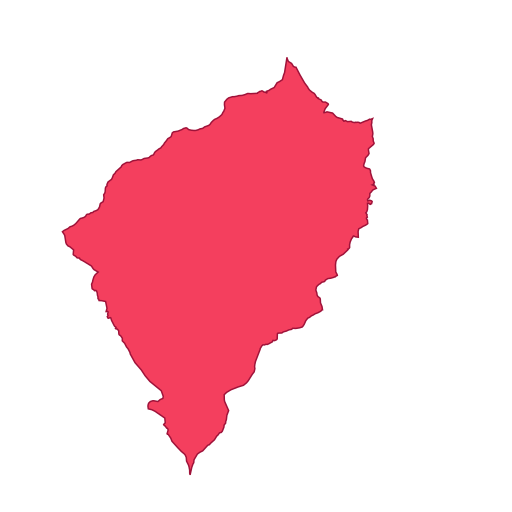 the district of Copaceni, Vâlcea, Romania, rotated 60°
{"feature_id": "2599482B17070437163052", "entity_name": "Copaceni", "entity_type": "district", "adm_level": 2, "iso_a3": "ROU", "parent_name": "Romania", "parent_adm1": "Vâlcea", "projection": "mercator", "projection_center": [23.973, 44.993], "detail": "fine", "context": "isolated", "style": "filled", "palette": "rose", "viewbox_px": 512, "rotation_deg": 60, "n_neighbors": 0, "source": "geoboundaries", "source_scale": "gbopen_adm2", "svg_char_len": 6152}
<svg xmlns="http://www.w3.org/2000/svg" viewBox="0 0 512 512"><g transform="rotate(60 256 256)"><path d="M412.6,422.5L406.9,417.3L404.6,414.6L403.9,413.3L401.5,411.6L398.2,405.8L397.9,402.7L398.1,399.6L395.9,392.8L395.8,391.9L396.1,390.7L395.5,389.1L394.4,383.9L392.3,380.0L392.1,378.7L390.9,376.0L391.4,374.3L390.9,372.8L388.2,369.4L386.5,368.2L385.5,365.8L384.4,365.2L382.8,363.4L379.4,360.9L376.2,357.0L366.3,355.9L364.8,355.4L360.2,352.9L359.4,349.6L359.3,344.6L360.4,337.3L361.7,331.5L361.1,327.7L360.2,325.2L356.6,318.4L355.4,315.5L353.0,313.3L351.2,312.6L349.4,311.3L347.0,309.1L338.9,299.1L338.3,298.7L336.7,295.8L336.4,294.4L337.3,293.0L337.4,291.6L338.2,290.5L338.4,289.1L338.5,284.8L337.6,283.5L338.6,282.2L338.8,280.1L338.4,279.1L334.1,276.4L333.8,276.0L334.1,274.9L335.6,272.1L335.4,270.7L335.5,269.8L336.2,267.2L336.4,264.5L337.3,261.9L337.0,260.3L338.6,257.8L340.0,254.1L340.6,251.5L340.1,250.0L339.1,248.2L336.9,245.2L335.7,242.2L335.9,240.3L335.5,237.8L335.7,236.4L335.6,233.6L336.1,230.8L336.2,227.8L335.9,226.2L335.4,225.4L335.6,225.2L332.7,224.1L328.9,223.6L325.3,221.8L324.2,221.7L322.0,222.7L320.3,222.6L318.4,221.8L315.4,221.2L313.0,219.1L312.5,217.8L312.0,215.5L312.1,214.1L311.6,212.2L312.3,209.8L312.3,209.2L311.5,207.8L311.6,206.6L311.4,205.3L312.6,202.3L313.4,199.1L313.4,198.2L313.7,197.7L313.4,196.7L313.5,195.3L312.5,195.0L309.7,194.9L303.6,191.7L300.7,189.6L299.2,187.6L298.2,184.6L298.0,183.2L298.1,179.6L296.5,173.1L295.9,173.1L296.0,171.7L295.5,170.7L293.0,169.3L291.0,167.5L288.8,164.6L288.1,162.8L287.5,162.2L287.5,161.4L289.2,160.2L290.9,158.0L285.8,155.3L283.8,153.4L284.0,150.2L283.8,149.0L284.1,145.7L284.0,143.9L283.8,143.0L280.5,141.5L279.7,141.8L278.5,141.5L278.2,141.2L278.1,140.2L276.2,139.7L275.9,139.2L273.5,139.3L273.1,138.0L271.4,136.2L268.7,134.4L266.1,133.1L266.7,132.0L268.4,131.3L268.5,131.0L268.2,130.5L268.5,129.8L267.0,128.2L266.1,128.3L264.5,129.7L264.2,131.6L263.1,131.4L262.4,130.4L262.1,128.9L260.9,127.4L258.9,126.3L258.5,125.5L258.1,123.9L257.3,122.2L257.3,120.5L257.6,117.9L255.0,117.9L252.6,119.7L252.9,118.0L252.0,117.9L251.8,117.7L251.8,117.0L251.7,116.8L250.3,116.5L247.5,116.6L245.4,116.2L241.2,115.2L239.3,114.2L237.7,114.1L237.2,114.3L235.4,116.2L233.7,117.4L232.5,117.9L231.7,117.7L230.1,116.3L228.7,114.5L225.7,112.0L224.8,108.7L223.8,106.9L220.3,105.6L219.3,104.9L218.1,98.4L217.4,97.3L215.1,97.0L213.0,95.9L210.7,95.5L208.6,93.7L207.1,93.0L200.1,90.5L198.4,89.0L196.6,88.0L195.3,86.3L195.0,88.4L194.3,89.2L194.3,91.7L193.8,93.7L193.1,99.4L192.8,99.4L191.7,100.1L190.6,101.7L190.4,102.7L189.8,103.1L189.7,104.0L188.3,105.6L187.0,106.2L185.4,109.6L183.5,110.8L183.3,112.4L183.0,112.6L182.3,112.4L181.6,112.9L180.6,112.6L176.5,116.5L174.9,117.2L170.5,118.2L166.6,122.5L166.6,123.2L165.9,125.5L165.4,125.4L163.0,122.4L161.0,117.6L160.1,117.4L157.4,118.9L156.2,121.0L155.1,121.6L153.6,121.5L150.7,123.4L150.4,123.5L150.2,123.1L148.9,124.1L145.8,124.1L144.3,124.3L142.2,125.5L139.0,126.7L136.7,126.9L135.5,126.8L130.5,127.4L121.2,127.4L112.5,127.0L111.9,127.9L110.5,128.8L107.0,128.9L103.7,130.7L100.6,130.3L99.4,129.8L111.5,139.6L113.2,141.7L116.5,145.0L116.7,148.3L116.5,151.1L119.2,156.0L118.9,160.1L119.1,162.0L118.6,164.7L118.9,164.9L119.6,164.6L120.0,165.1L119.3,165.3L119.3,165.8L118.4,166.5L118.2,167.0L116.3,167.9L115.8,168.6L115.7,170.0L115.4,170.3L115.5,173.0L115.8,173.4L112.8,179.4L111.1,181.9L110.7,184.9L110.0,187.7L108.5,190.7L108.1,192.5L107.1,195.3L106.3,196.6L105.4,200.6L105.7,202.9L107.0,206.3L109.2,207.7L112.5,209.0L114.8,211.9L114.9,212.5L116.5,214.9L117.2,218.2L117.3,221.1L117.0,223.4L117.2,225.0L118.0,228.0L118.9,229.7L119.2,230.7L119.2,232.1L118.5,235.9L118.8,238.4L117.9,241.0L117.8,242.9L117.2,245.3L116.4,246.8L114.7,249.2L112.9,251.1L110.6,251.9L110.0,252.5L109.3,255.2L109.5,256.5L108.9,261.0L107.3,265.3L107.5,266.9L110.0,269.6L110.3,270.5L110.3,273.7L111.5,276.3L112.4,278.8L113.3,280.2L114.1,282.9L114.8,284.4L114.7,286.5L115.0,288.2L115.2,290.4L115.6,291.9L117.0,294.0L117.1,294.7L116.7,296.4L116.9,298.0L117.3,299.3L117.0,300.7L115.6,304.1L115.5,306.7L115.2,307.8L113.5,310.3L113.2,311.9L112.3,314.0L111.9,315.4L111.8,318.7L110.7,320.4L110.3,321.3L110.2,325.6L110.6,327.1L111.4,328.1L112.9,335.1L113.9,336.8L114.4,338.9L116.5,341.4L117.4,342.8L117.9,347.1L119.5,349.3L120.8,349.9L120.9,351.1L121.8,352.4L124.9,354.5L125.9,355.5L126.8,357.3L129.8,358.6L132.2,360.9L132.5,361.2L132.6,364.0L132.9,364.8L135.3,367.0L136.8,369.7L136.8,371.8L136.3,374.1L136.7,375.7L136.0,377.4L136.3,378.9L136.1,380.0L135.4,381.3L135.6,382.4L136.2,383.3L136.5,384.4L136.6,385.5L136.2,387.6L135.7,389.2L135.8,390.1L137.8,395.8L138.2,398.1L138.2,400.3L137.7,402.5L138.2,404.9L137.9,409.4L138.2,411.5L141.5,411.3L142.7,411.4L149.2,413.9L150.8,414.2L153.2,413.8L155.1,412.5L159.5,410.9L163.2,413.5L163.9,413.5L166.1,412.3L168.2,411.8L169.6,409.9L170.5,410.0L171.5,409.7L173.4,408.4L182.4,403.5L185.4,403.4L186.8,403.1L191.0,400.7L191.8,404.5L193.1,406.9L195.5,409.5L196.8,410.6L198.2,412.5L202.2,414.2L202.8,414.2L203.8,413.5L205.3,413.2L205.6,412.8L205.7,411.9L206.5,411.6L208.4,411.9L210.6,412.9L212.2,413.2L214.0,414.2L214.8,413.8L216.1,414.2L217.6,411.9L220.2,409.0L226.8,411.2L229.2,413.6L229.4,413.3L229.4,412.6L230.1,412.1L230.6,412.1L232.2,413.6L233.6,413.9L234.1,415.1L235.6,415.3L236.1,415.0L236.5,413.0L236.9,412.7L239.6,413.3L245.5,413.6L246.5,413.5L247.4,412.9L248.2,413.1L248.5,413.9L249.1,413.7L249.9,412.7L252.0,412.3L255.1,413.8L256.1,413.8L257.1,413.2L258.4,413.0L260.4,412.9L262.6,414.2L265.9,413.4L270.0,413.6L272.3,413.2L276.6,413.4L278.0,413.9L287.9,414.1L297.3,412.3L304.2,411.9L311.6,410.6L325.3,405.4L331.2,406.5L332.8,407.9L332.4,410.7L333.0,413.7L330.2,417.0L329.7,418.0L329.2,420.3L329.8,422.6L331.1,424.0L332.1,424.7L334.5,425.7L337.1,423.0L339.8,421.2L350.7,416.0L354.7,417.8L355.2,418.3L355.4,419.3L355.9,420.3L357.2,420.1L357.6,419.7L360.4,419.4L360.5,419.1L361.9,418.8L363.0,419.3L365.5,421.9L366.1,421.8L366.6,421.2L371.1,420.9L374.4,421.4L383.3,419.5L387.8,418.4L391.7,417.0L393.1,416.8L395.6,417.1L398.9,418.7L403.4,419.0L405.1,419.4L408.2,420.5L411.1,422.1L412.6,422.5Z" fill="#f43f5e" stroke="#9f1239" stroke-width="1.5"/></g></svg>